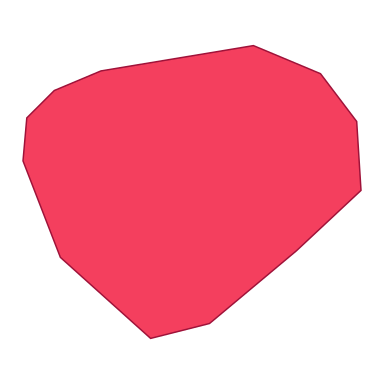 outline of Swains Island, American Samoa, United States of America
{"feature_id": "52423323B5700348428358", "entity_name": "Swains Island", "entity_type": "district", "adm_level": 2, "iso_a3": "USA", "parent_name": "United States of America", "parent_adm1": "American Samoa", "projection": "natural_earth1", "projection_center": [-171.079, -11.056], "detail": "fine", "context": "isolated", "style": "filled", "palette": "rose", "viewbox_px": 384, "rotation_deg": 0, "n_neighbors": 0, "source": "geoboundaries", "source_scale": "gbopen_adm2", "svg_char_len": 279}
<svg xmlns="http://www.w3.org/2000/svg" viewBox="0 0 384 384"><path d="M26.8,117.9L23.0,160.9L60.4,257.4L150.6,338.4L209.5,323.5L296.4,250.8L361.0,190.4L356.7,121.5L320.5,73.7L253.4,45.6L101.0,70.9L54.3,90.5L26.8,117.9Z" fill="#f43f5e" stroke="#9f1239" stroke-width="1.5"/></svg>